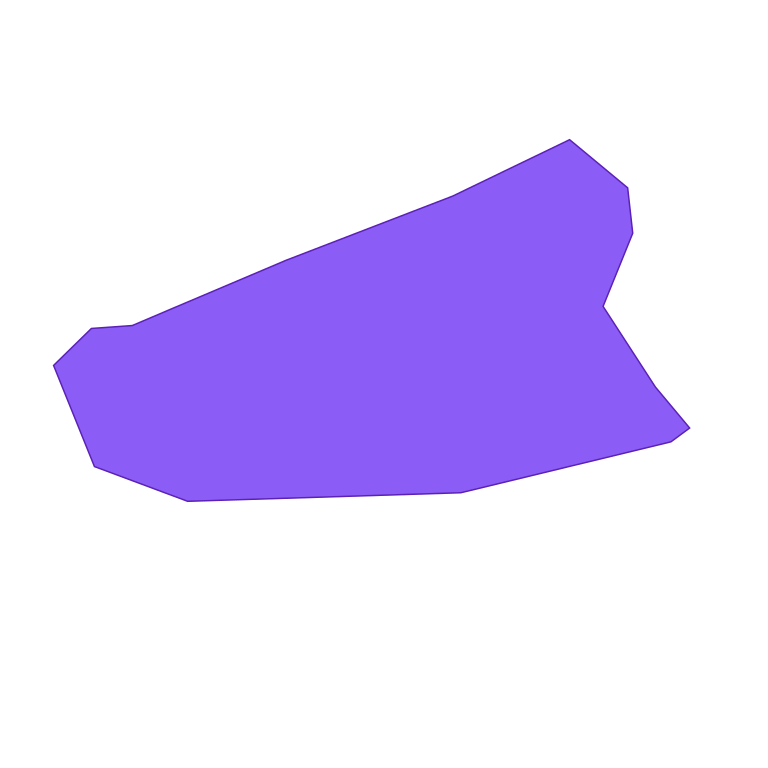 the district of Grande Riviere/Des Branch, Dennery, Saint Lucia, rotated 158°
{"feature_id": "8701671B98296158896120", "entity_name": "Grande Riviere/Des Branch", "entity_type": "district", "adm_level": 2, "iso_a3": "LCA", "parent_name": "Saint Lucia", "parent_adm1": "Dennery", "projection": "orthographic", "projection_center": [-60.935, 13.934], "detail": "fine", "context": "isolated", "style": "filled", "palette": "violet", "viewbox_px": 768, "rotation_deg": 158, "n_neighbors": 0, "source": "geoboundaries", "source_scale": "gbopen_adm2", "svg_char_len": 397}
<svg xmlns="http://www.w3.org/2000/svg" viewBox="0 0 768 768"><g transform="rotate(158 384 384)"><path d="M120.4,541.0L192.3,536.3L249.9,532.5L293.2,533.2L428.3,535.4L552.1,533.3L595.5,532.5L634.5,545.1L683.4,525.0L683.4,415.9L610.0,348.8L353.5,254.4L139.6,222.9L117.1,228.7L133.5,279.5L151.8,373.9L96.9,430.6L84.6,474.6L120.4,541.0Z" fill="#8b5cf6" stroke="#5b21b6" stroke-width="1.5"/></g></svg>